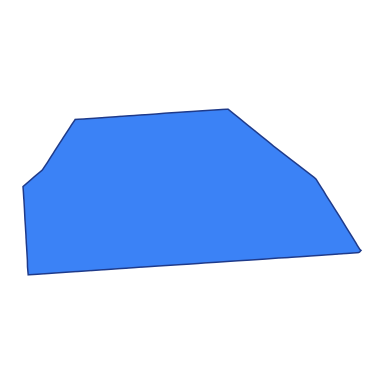 the district of Unley, South Australia, Australia
{"feature_id": "25037944B81627065680382", "entity_name": "Unley", "entity_type": "district", "adm_level": 2, "iso_a3": "AUS", "parent_name": "Australia", "parent_adm1": "South Australia", "projection": "equal_earth", "projection_center": [138.603, -34.954], "detail": "fine", "context": "isolated", "style": "filled", "palette": "blue", "viewbox_px": 384, "rotation_deg": 0, "n_neighbors": 0, "source": "geoboundaries", "source_scale": "gbopen_adm2", "svg_char_len": 2433}
<svg xmlns="http://www.w3.org/2000/svg" viewBox="0 0 384 384"><path d="M74.6,120.4L71.5,124.9L69.9,127.5L67.2,131.6L63.0,138.0L62.1,139.5L60.1,142.5L57.8,146.1L55.0,150.4L54.3,151.5L53.3,153.2L52.3,154.7L51.2,156.4L49.6,158.9L47.4,162.5L47.1,162.9L44.6,166.6L43.8,167.8L42.6,169.6L41.9,170.4L40.7,171.4L38.9,172.9L35.9,175.4L35.8,175.5L34.1,176.9L30.5,180.1L23.2,186.4L23.0,186.6L23.4,192.1L23.8,199.0L23.9,199.4L24.3,206.5L24.5,210.0L24.5,210.4L25.0,220.2L25.0,220.3L25.1,221.5L25.4,225.9L25.7,231.4L25.9,234.1L26.0,236.3L26.0,237.1L26.2,240.1L26.3,242.7L26.6,247.0L26.7,249.0L26.9,251.8L27.0,253.8L27.4,260.5L27.4,260.9L27.5,266.9L28.2,274.8L36.7,274.3L43.5,273.8L44.0,273.8L49.8,273.4L53.6,273.1L59.4,272.7L63.9,272.4L66.5,272.2L69.4,272.0L75.2,271.6L77.9,271.5L84.8,271.0L90.2,270.6L91.2,270.6L100.7,269.9L101.9,269.8L104.3,269.7L111.6,269.2L118.2,268.7L119.4,268.6L119.7,268.6L126.6,268.2L128.7,268.0L134.6,267.6L139.7,267.2L141.0,267.1L142.0,267.1L149.6,266.6L152.6,266.4L156.7,266.1L166.2,265.5L166.4,265.5L174.3,265.0L180.5,264.6L187.7,264.2L195.0,263.7L198.0,263.5L205.0,262.9L215.5,262.3L226.8,261.5L237.2,260.8L247.8,260.2L257.0,259.6L266.0,259.0L278.4,258.0L287.6,257.6L292.4,257.2L300.4,256.7L306.3,256.3L311.5,255.9L320.8,255.3L327.2,254.8L332.1,254.5L335.7,254.2L337.6,254.1L338.0,254.0L341.6,253.8L343.7,253.6L343.8,253.6L344.0,253.6L346.3,253.5L358.3,252.6L359.3,252.2L359.9,251.7L360.7,250.7L361.0,250.4L359.9,249.5L357.2,245.3L355.7,242.6L355.3,242.0L351.8,236.3L348.7,231.4L346.4,227.7L343.0,222.1L340.7,218.4L340.0,217.2L338.6,215.0L334.0,207.8L333.2,206.5L330.1,201.6L327.2,197.1L326.0,195.2L323.4,190.7L322.1,188.8L318.6,183.3L316.2,179.4L315.6,178.7L313.9,177.2L310.5,174.6L305.7,170.9L293.9,161.8L291.1,159.7L286.6,156.2L278.7,150.1L274.8,147.1L273.7,146.3L272.0,144.8L265.7,139.6L261.5,136.3L258.7,134.0L253.0,129.4L247.6,125.1L243.0,121.3L242.4,120.8L238.9,117.9L234.0,114.0L230.3,111.0L228.1,109.2L223.3,109.4L223.2,109.4L218.9,109.7L214.3,110.0L209.6,110.3L200.3,110.9L191.5,111.5L186.3,111.8L179.1,112.3L172.4,112.7L164.8,113.2L161.5,113.5L158.2,113.8L157.4,113.9L156.0,114.0L153.4,114.2L146.2,114.7L141.8,114.9L140.4,115.0L136.6,115.3L134.4,115.5L130.6,115.7L128.6,115.8L122.0,116.3L119.7,116.4L115.3,116.8L109.1,117.2L103.4,117.6L102.8,117.7L99.4,117.9L94.1,118.3L90.8,118.5L86.1,118.8L84.0,119.0L79.4,119.2L76.0,119.4L75.2,119.4L74.6,120.4Z" fill="#3b82f6" stroke="#1e3a8a" stroke-width="1.5"/></svg>